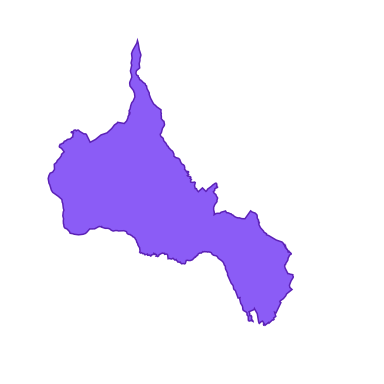 the district of Bumbesti-Jiu, Gorj, Romania, rotated 302°
{"feature_id": "2599482B75025321054435", "entity_name": "Bumbesti-Jiu", "entity_type": "district", "adm_level": 2, "iso_a3": "ROU", "parent_name": "Romania", "parent_adm1": "Gorj", "projection": "robinson", "projection_center": [23.397, 45.21], "detail": "fine", "context": "isolated", "style": "filled", "palette": "violet", "viewbox_px": 384, "rotation_deg": 302, "n_neighbors": 0, "source": "geoboundaries", "source_scale": "gbopen_adm2", "svg_char_len": 6038}
<svg xmlns="http://www.w3.org/2000/svg" viewBox="0 0 384 384"><g transform="rotate(302 192 192)"><path d="M162.3,328.5L162.9,325.5L164.6,324.0L169.2,323.1L173.1,323.1L173.8,322.8L174.5,321.8L175.3,321.3L174.2,318.4L174.1,317.4L173.6,316.6L176.8,311.3L178.0,310.0L179.3,309.3L180.0,309.8L180.9,309.4L184.8,309.4L187.4,308.4L188.4,308.5L190.0,308.1L191.7,309.0L192.4,308.7L192.8,306.7L192.4,306.3L192.9,305.9L192.3,305.3L193.1,305.0L192.8,304.5L193.9,303.2L193.6,302.6L194.0,302.2L194.2,300.8L194.5,300.6L194.8,301.0L195.2,300.5L194.8,300.5L194.9,299.7L195.7,298.8L196.2,299.0L196.1,298.3L196.6,298.2L196.3,297.3L196.9,296.6L197.3,294.8L195.9,288.9L195.7,280.1L195.2,277.8L196.1,277.3L196.1,274.3L196.7,273.5L198.0,269.0L199.8,266.1L200.3,265.6L201.5,265.4L201.4,264.9L201.7,264.9L202.5,264.2L202.4,263.8L203.5,263.2L203.6,262.6L204.6,261.0L206.2,260.0L207.1,259.0L207.6,256.8L206.9,253.7L207.1,251.7L197.4,251.1L195.8,248.3L195.2,245.9L194.4,244.7L193.9,243.0L193.7,241.0L194.1,239.2L193.9,237.7L194.2,236.9L193.7,235.2L193.7,234.2L192.8,232.2L193.7,230.5L190.3,227.4L188.6,226.9L187.6,225.1L186.5,223.8L184.5,222.8L186.2,222.0L188.5,219.7L190.5,218.5L193.5,218.0L197.0,218.3L198.1,217.6L200.5,216.9L201.6,214.6L202.5,213.6L202.7,211.5L203.5,210.0L205.3,210.4L207.0,209.6L209.4,211.2L209.8,210.9L209.6,210.0L211.0,209.5L211.0,209.1L211.9,208.7L212.3,208.1L211.9,207.2L208.9,205.9L206.9,205.4L202.7,203.7L200.9,203.8L199.9,203.5L201.0,198.7L195.6,197.2L196.2,195.4L197.2,194.0L196.6,193.0L198.7,190.8L201.7,189.8L201.8,188.9L200.3,187.2L199.7,185.6L200.8,184.8L202.4,184.8L202.5,183.2L203.9,183.2L204.1,182.2L203.3,180.2L203.4,179.4L205.1,179.9L205.5,178.4L207.0,178.6L207.4,178.2L207.0,177.1L206.2,176.8L207.0,175.2L207.3,173.7L208.6,173.1L210.1,171.7L210.6,170.3L210.3,169.2L211.0,167.1L213.1,164.3L213.4,162.8L212.5,159.5L212.8,158.9L212.7,157.8L214.6,156.5L216.1,154.3L216.4,153.4L216.5,151.5L217.2,149.5L217.1,148.8L218.1,147.7L218.0,146.7L219.7,143.8L219.7,142.9L220.2,142.2L220.4,140.9L222.0,139.4L222.6,138.0L222.4,137.1L222.9,135.7L224.2,134.4L226.0,134.6L230.4,133.2L233.6,133.3L234.7,132.9L237.1,130.7L237.0,129.8L237.9,127.1L239.4,126.3L241.5,124.6L242.5,124.3L243.2,123.3L245.3,122.2L245.6,116.7L246.1,115.2L246.2,113.3L247.1,111.4L249.5,107.3L252.1,104.0L253.3,103.3L255.9,98.9L257.9,97.2L257.8,96.4L259.0,94.8L259.0,92.5L259.5,91.1L259.5,89.8L259.8,89.4L259.5,88.0L260.7,86.9L260.9,85.6L262.0,84.8L261.8,83.2L262.9,81.5L265.4,80.6L269.5,81.9L272.8,79.2L275.7,78.3L277.4,77.2L280.7,76.3L281.4,75.8L284.6,72.0L289.8,67.4L291.5,65.5L289.1,66.3L280.6,66.7L277.3,67.4L273.6,70.4L269.1,72.0L267.6,73.7L262.1,75.6L260.7,76.9L259.7,78.3L257.4,80.1L252.0,81.1L251.2,81.5L249.0,83.3L247.0,88.7L246.2,89.5L245.5,90.7L242.3,93.2L237.8,93.9L235.8,93.6L232.7,94.3L229.6,95.5L227.5,95.6L226.6,96.5L225.8,96.8L226.6,97.1L226.5,97.3L225.1,97.9L222.4,97.7L220.9,98.4L217.6,98.9L214.2,98.2L211.7,92.0L210.7,92.0L207.8,90.7L203.3,90.3L197.1,88.6L192.2,84.6L185.4,82.3L180.2,79.3L184.9,71.8L184.9,71.0L184.0,69.4L183.9,64.7L184.3,62.9L183.6,61.9L182.5,61.4L182.8,60.3L182.0,59.3L180.0,59.0L179.3,58.0L178.6,57.9L178.4,58.3L179.2,60.2L178.0,60.4L175.4,61.7L174.7,61.1L172.6,60.7L170.5,58.4L169.0,58.1L167.3,56.8L165.2,57.0L164.6,56.2L163.4,55.8L162.6,54.9L160.5,55.2L159.8,55.9L159.9,58.2L158.3,62.3L154.9,61.4L153.4,62.0L150.4,61.8L147.4,61.1L145.3,61.4L142.5,60.5L138.3,63.4L135.0,63.3L132.8,61.7L130.0,62.0L127.2,62.9L123.6,66.1L122.8,67.5L119.0,71.8L117.9,74.1L117.5,81.0L116.7,85.6L114.5,87.4L113.9,88.4L110.0,91.5L108.7,93.0L106.8,93.4L103.3,95.1L101.2,97.3L99.4,98.1L96.8,99.9L96.6,100.4L95.1,101.5L94.3,102.6L94.0,103.8L94.4,104.7L94.3,105.9L93.5,109.1L92.5,110.3L92.5,110.7L93.6,113.4L93.7,114.4L95.6,118.5L98.4,122.0L100.4,123.6L101.9,124.1L106.4,124.8L109.2,129.0L113.6,131.5L113.9,132.6L114.8,133.6L114.3,134.1L115.2,137.6L116.6,139.9L117.1,141.6L116.8,143.8L117.1,145.8L118.9,147.7L119.8,149.3L119.9,150.1L123.2,154.9L123.6,157.3L123.4,157.9L122.5,158.9L122.4,159.7L122.6,161.1L123.2,162.1L123.0,162.8L123.1,164.2L122.7,165.4L122.9,166.4L122.7,168.1L122.3,168.5L121.6,170.2L120.0,172.0L119.6,173.1L118.5,174.1L117.3,176.3L117.2,176.9L114.3,179.3L113.3,179.4L112.9,180.6L113.8,181.4L113.6,182.9L114.3,183.7L113.8,185.4L114.8,186.1L115.2,187.2L115.6,187.3L114.9,188.0L116.1,189.6L115.7,190.8L116.0,191.1L117.3,191.1L118.1,192.0L119.7,192.1L119.2,193.0L120.0,193.3L119.6,194.0L120.1,195.0L119.6,195.5L118.6,195.5L119.1,196.5L119.1,197.2L120.3,197.6L121.2,197.3L123.6,198.6L124.7,199.5L124.9,200.6L125.4,201.2L124.7,201.9L125.8,203.2L126.0,203.8L125.6,204.8L122.7,207.1L123.5,207.9L124.3,210.2L125.7,211.0L125.2,213.5L126.3,214.3L125.7,215.0L125.6,216.5L125.1,217.1L125.7,218.2L125.8,219.0L126.3,219.4L125.9,219.8L125.6,221.2L126.8,222.6L127.1,223.8L127.8,224.2L130.9,223.4L131.7,224.3L132.2,225.7L133.1,227.0L134.8,228.3L137.1,228.7L138.5,229.4L138.8,229.2L138.9,229.5L140.3,229.7L140.6,230.0L141.1,229.9L141.5,230.3L142.4,230.1L143.1,230.2L144.2,230.8L145.2,232.3L147.2,232.8L147.3,233.6L148.3,234.4L148.3,234.8L149.2,236.3L149.4,237.2L150.0,237.7L150.7,239.7L150.7,240.5L149.9,242.1L149.8,243.8L150.7,246.3L150.7,247.5L149.7,249.5L149.5,253.2L149.2,255.0L148.4,256.7L147.3,257.9L146.7,259.6L144.6,261.1L142.1,265.1L140.5,266.1L138.2,269.5L135.4,273.6L134.6,276.1L134.1,276.8L131.9,278.7L131.5,279.7L131.5,280.9L126.5,287.3L127.8,288.7L126.7,289.0L123.4,292.3L122.1,295.0L120.8,296.3L119.7,297.0L118.8,298.2L118.9,301.5L118.6,302.7L116.9,303.8L116.4,305.5L113.4,307.5L112.8,308.1L113.0,309.1L114.4,310.3L114.6,312.3L115.0,311.9L115.7,309.8L116.6,309.5L118.1,308.5L118.5,307.6L117.8,306.9L118.0,306.4L119.7,305.2L120.7,303.8L125.2,307.0L126.2,306.7L123.4,311.8L117.2,317.3L116.3,318.4L116.2,318.7L118.8,319.4L119.9,320.3L118.6,323.0L117.8,322.6L117.1,323.4L118.1,324.2L117.8,324.6L122.0,326.1L121.6,326.8L126.2,328.0L126.3,328.6L127.4,329.1L128.4,328.0L130.9,329.0L133.8,325.8L134.0,327.3L145.3,326.0L145.4,324.6L146.4,324.5L150.0,326.0L153.6,326.5L155.7,326.2L162.3,328.5Z" fill="#8b5cf6" stroke="#5b21b6" stroke-width="1.5"/></g></svg>